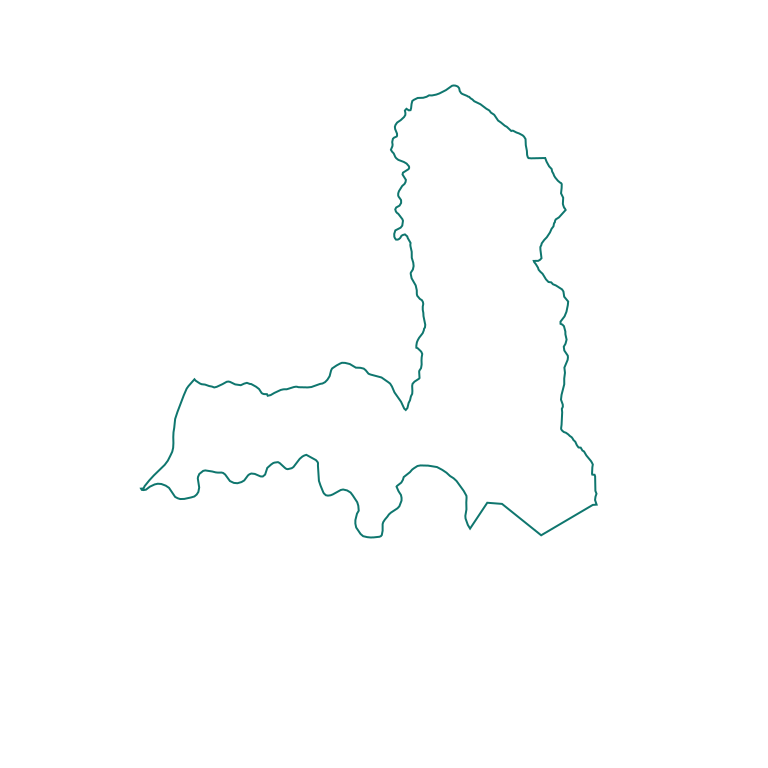 the district of Phuentsholing, Chhukha, Bhutan, rotated 326°
{"feature_id": "84629894B40040749916025", "entity_name": "Phuentsholing", "entity_type": "district", "adm_level": 2, "iso_a3": "BTN", "parent_name": "Bhutan", "parent_adm1": "Chhukha", "projection": "albers", "projection_center": [89.394, 26.918], "detail": "fine", "context": "isolated", "style": "outline", "palette": "teal", "viewbox_px": 768, "rotation_deg": 326, "n_neighbors": 0, "source": "geoboundaries", "source_scale": "gbopen_adm2", "svg_char_len": 6166}
<svg xmlns="http://www.w3.org/2000/svg" viewBox="0 0 768 768"><g transform="rotate(326 384 384)"><path d="M124.1,334.9L124.0,336.3L125.2,337.4L127.6,338.5L132.5,338.2L137.7,339.0L140.7,340.2L143.5,342.4L146.2,346.2L147.7,349.9L147.7,360.8L149.1,363.4L150.7,365.4L154.2,367.6L160.7,370.2L163.9,371.2L166.9,370.9L169.7,369.7L172.9,366.5L176.8,358.2L177.9,357.0L180.6,355.3L185.5,354.9L187.5,355.7L192.7,360.5L195.1,363.2L196.9,364.7L199.7,366.5L200.9,367.8L201.7,370.2L202.0,378.3L204.2,382.0L207.0,384.3L211.0,385.6L214.2,385.8L220.2,383.7L221.9,383.6L223.9,384.0L226.6,386.3L230.0,391.6L231.8,392.9L234.8,392.6L240.3,388.3L245.6,387.6L248.1,387.6L249.4,388.0L252.4,389.5L253.3,391.2L255.0,398.3L255.6,399.8L256.6,400.8L260.4,402.2L262.5,402.2L272.3,398.9L275.8,398.5L277.9,398.7L280.0,399.3L285.0,409.0L285.3,411.3L285.1,412.6L283.6,414.7L275.9,427.9L274.6,432.6L273.1,439.8L273.0,441.1L273.6,443.7L275.1,445.2L277.5,446.4L279.8,446.9L288.9,447.7L291.1,448.6L293.9,451.6L295.6,455.3L295.8,458.9L295.7,467.0L294.6,470.6L292.2,474.9L289.1,476.4L284.2,480.8L282.2,483.7L280.7,487.4L280.7,495.2L281.6,498.5L284.5,501.6L287.0,503.7L289.7,505.4L294.8,508.1L296.3,508.4L297.7,508.0L300.8,504.9L304.5,499.4L306.1,498.1L308.9,496.9L312.5,495.9L315.1,494.9L317.8,494.5L325.6,494.6L328.3,494.0L333.3,490.5L334.9,488.2L336.0,485.5L336.1,481.0L337.0,476.1L337.8,475.8L343.2,475.4L346.1,474.0L348.3,472.2L356.2,471.6L359.5,470.7L361.8,470.6L365.9,470.7L368.7,471.9L375.0,476.4L381.5,482.5L384.3,487.8L386.2,492.5L387.3,497.2L389.0,501.1L389.9,505.0L390.3,517.2L389.8,522.8L388.8,524.5L386.0,528.2L382.2,534.1L377.7,538.8L376.4,541.1L374.7,547.7L374.5,552.0L403.2,540.2L414.8,549.4L429.7,597.3L489.5,601.0L492.8,602.9L494.1,598.2L496.3,595.7L498.8,593.8L499.5,590.8L507.4,578.6L507.8,577.0L506.0,575.6L506.3,574.7L510.2,569.5L512.1,567.5L512.4,565.4L512.5,563.6L511.8,556.4L512.1,551.8L511.3,550.1L511.5,546.8L509.8,545.4L509.7,544.1L509.7,542.3L510.3,538.9L509.7,536.1L509.9,534.9L509.8,533.0L509.0,531.0L508.6,528.9L507.6,526.2L506.2,524.3L505.6,522.1L505.6,520.7L506.1,519.7L508.4,517.1L515.9,507.1L517.5,504.1L519.5,502.9L520.7,501.0L522.0,495.9L525.1,492.3L533.3,485.0L536.5,480.2L540.3,475.9L542.7,471.3L549.7,466.7L551.3,464.9L552.2,463.3L552.2,457.1L553.9,453.6L557.0,452.1L560.2,449.3L562.2,444.2L563.7,441.9L565.5,436.7L565.1,434.5L564.0,432.8L565.2,431.0L571.5,428.9L575.7,426.1L580.5,421.4L582.8,418.6L582.2,412.4L584.5,407.6L584.5,405.1L581.6,398.4L579.8,395.7L579.5,393.3L577.4,391.4L576.8,387.9L577.1,381.3L576.4,378.4L576.1,375.7L576.7,373.7L576.9,369.5L576.7,366.8L577.0,365.7L580.6,368.1L582.7,368.3L584.9,367.8L588.8,360.1L590.2,357.9L592.1,356.8L593.4,355.6L597.3,354.2L601.0,353.4L606.3,351.2L609.8,349.0L612.6,348.1L614.9,345.8L616.0,345.5L616.9,344.5L618.4,343.6L622.2,343.7L631.9,341.3L632.1,339.5L631.9,338.6L632.5,336.2L633.0,334.7L636.7,329.8L637.4,324.9L640.9,320.8L643.1,317.7L643.2,316.6L642.6,315.5L641.8,312.7L641.4,308.6L641.5,306.5L642.0,304.4L642.2,301.9L643.2,299.5L642.6,295.9L643.1,290.5L644.0,286.8L632.2,279.2L630.1,277.5L630.1,276.1L630.8,274.0L632.8,270.7L635.1,265.3L638.3,260.1L638.4,257.2L638.0,255.4L636.1,251.8L634.4,249.5L632.7,246.3L632.0,245.7L631.0,245.4L629.6,239.4L628.6,237.5L627.1,232.4L625.9,229.4L625.9,222.4L624.4,218.8L624.3,216.4L623.9,215.3L622.8,213.1L620.4,206.0L616.9,200.0L616.4,197.5L615.5,195.5L615.2,193.6L614.5,192.9L613.9,191.5L611.1,187.3L610.6,186.0L610.6,183.5L611.7,180.8L611.5,178.7L610.7,177.4L609.7,176.2L608.4,175.3L607.1,174.8L599.7,175.0L592.4,174.1L589.2,173.3L585.1,171.6L582.8,169.9L579.9,169.7L576.5,168.6L571.9,165.7L567.6,165.1L565.7,165.2L563.4,167.3L560.6,170.6L559.1,171.8L557.6,171.0L556.5,168.4L554.2,169.0L553.3,171.3L552.1,172.9L549.9,173.9L545.4,174.6L541.1,174.6L538.5,175.6L536.8,176.9L536.4,177.7L535.8,178.9L534.8,183.7L533.8,185.3L533.0,185.9L530.0,185.4L528.5,185.7L526.1,188.0L525.0,190.3L524.0,191.5L520.7,193.7L520.6,195.9L521.0,198.3L520.3,202.1L520.4,203.7L521.2,206.2L524.6,211.0L526.0,213.9L526.4,217.3L526.2,218.1L525.6,219.0L524.5,219.6L517.9,219.4L516.5,220.7L516.3,227.0L514.8,228.6L512.9,229.6L509.8,230.0L504.2,232.5L502.4,233.9L501.2,235.6L500.9,236.7L501.0,240.8L500.7,241.6L499.4,243.5L496.6,244.8L492.8,244.5L491.0,245.5L490.3,247.7L490.5,249.7L491.0,250.8L491.4,257.6L491.0,259.3L487.7,262.9L485.2,263.7L479.3,263.0L476.4,265.3L474.9,267.7L474.6,269.3L474.7,271.0L476.2,272.0L477.6,272.2L479.1,272.0L481.4,270.9L482.9,271.0L485.0,271.7L485.8,274.6L485.3,276.3L484.9,281.9L483.6,283.4L482.9,284.8L480.9,289.9L477.6,294.9L476.1,299.8L474.5,302.8L472.0,305.2L468.5,306.7L467.8,307.5L466.0,311.8L465.4,320.0L463.6,324.6L461.5,327.8L460.9,329.4L461.3,333.4L462.3,335.8L462.1,337.8L461.3,339.6L459.4,341.5L457.6,344.2L456.4,347.0L454.7,349.8L451.3,358.0L449.6,360.0L448.0,360.7L447.1,361.7L444.5,363.5L439.0,365.3L436.6,366.5L434.6,367.8L432.4,370.1L431.1,372.0L431.9,373.1L432.8,377.2L432.9,378.4L432.5,380.5L430.1,383.0L428.3,385.4L426.1,388.9L424.5,390.6L423.5,391.6L420.8,392.7L420.0,393.5L416.8,398.9L415.9,399.2L410.6,399.1L407.8,399.8L406.3,401.3L403.6,405.7L401.9,407.9L399.4,409.3L396.5,412.0L393.8,413.5L390.0,417.0L387.5,417.7L387.0,415.7L388.2,408.3L388.0,396.8L389.2,390.5L389.3,387.1L388.6,385.0L385.6,377.2L378.1,368.6L376.9,366.8L376.5,362.3L375.8,359.9L373.4,357.3L369.8,354.7L366.8,348.3L363.5,344.7L361.0,342.9L359.1,342.5L355.1,342.1L349.6,342.1L347.7,343.2L343.3,347.1L339.5,348.8L336.2,349.5L333.3,349.2L331.1,348.2L322.1,345.9L318.9,344.2L311.4,338.9L310.2,337.5L309.1,336.8L307.5,336.1L300.5,334.0L297.7,332.2L295.1,331.2L288.2,330.1L283.8,329.8L281.0,328.7L281.3,327.0L278.8,325.2L277.9,324.0L277.5,323.1L277.6,318.3L276.4,314.7L273.9,309.8L272.8,308.9L271.0,306.4L268.3,305.5L264.6,304.9L260.4,301.1L257.5,296.1L256.3,294.9L254.8,294.2L250.0,293.8L243.7,292.8L241.3,291.9L240.0,290.0L237.9,287.9L235.3,284.4L232.7,282.2L231.7,280.7L229.7,275.9L229.5,274.1L220.7,276.4L217.8,277.5L211.7,281.4L197.1,291.7L191.3,296.2L185.6,303.0L182.5,306.3L179.6,310.2L176.4,315.2L173.5,319.0L170.6,321.7L166.9,323.9L161.9,326.7L157.0,328.4L142.0,331.1L135.7,332.6L128.5,334.8L126.2,336.1L124.1,334.9Z" fill="none" stroke="#0f766e" stroke-width="2"/></g></svg>